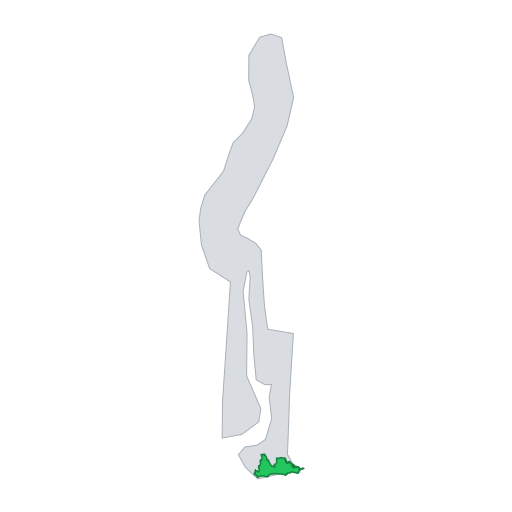 Kombo South, West Coast, Gambia shown in context, rotated 273°
{"feature_id": "56634734B1390118495461", "entity_name": "Kombo South", "entity_type": "district", "adm_level": 2, "iso_a3": "GMB", "parent_name": "Gambia", "parent_adm1": "West Coast", "projection": "mercator", "projection_center": [-16.741, 13.204], "detail": "fine", "context": "in_parent", "style": "filled", "palette": "green", "viewbox_px": 512, "rotation_deg": 273, "n_neighbors": 0, "source": "geoboundaries", "source_scale": "gbopen_adm2", "svg_char_len": 5405}
<svg xmlns="http://www.w3.org/2000/svg" viewBox="0 0 512 512"><g transform="rotate(273 256 256)"><path d="M72.4,231.7L110.1,230.2L155.7,230.9L205.3,231.5L228.7,231.9L241.0,210.4L264.3,200.9L288.3,197.3L300.7,198.3L313.9,201.5L339.1,219.2L354.8,223.2L368.1,227.3L377.5,235.9L392.6,244.5L404.5,246.8L411.5,245.5L423.2,242.2L431.0,239.5L456.1,238.4L474.6,248.3L478.5,259.1L475.4,270.2L450.6,276.1L416.2,285.3L387.7,280.3L353.1,267.7L332.8,258.6L324.4,255.0L311.7,249.2L300.7,243.0L290.0,239.0L281.9,236.4L275.9,239.6L272.9,247.3L268.1,255.8L261.9,260.9L232.8,263.9L206.8,267.0L192.8,269.7L183.5,271.7L180.5,297.4L151.0,297.1L122.0,296.8L92.0,297.3L59.6,297.8L51.3,303.0L42.6,311.5L41.7,298.6L33.5,269.3L44.5,256.4L56.6,248.8L64.7,254.9L67.1,266.9L73.3,275.1L94.6,280.2L115.6,276.5L128.4,278.2L128.0,271.6L132.4,262.7L157.9,258.9L184.9,256.4L212.7,251.1L234.4,251.3L240.9,249.9L239.3,247.6L219.8,245.0L178.2,251.1L135.8,252.9L103.7,268.9L90.5,267.4L77.2,251.4L72.4,231.7Z" fill="#d9dde1" stroke="#a8b0b8" stroke-width="1"/><path d="M58.0,271.9L57.9,272.0L57.5,272.1L57.4,271.8L57.1,271.9L57.0,272.0L56.5,272.1L55.8,272.2L55.8,272.3L54.9,272.6L54.7,272.7L54.4,272.7L54.0,272.7L53.9,272.7L52.6,272.1L52.4,272.1L52.2,271.7L52.2,271.3L52.3,271.3L52.5,271.2L52.4,271.0L51.5,271.3L51.1,270.9L50.8,270.9L50.6,271.4L48.7,271.3L46.9,270.7L46.7,270.5L46.7,270.1L46.4,270.0L46.5,269.9L46.4,269.6L46.1,269.6L45.2,269.7L44.9,269.7L44.9,269.8L44.8,270.0L44.5,270.1L44.4,270.0L43.9,270.1L43.7,270.4L43.0,270.5L42.4,270.6L41.8,270.5L41.5,270.3L41.4,269.9L40.9,269.5L40.7,269.5L41.0,269.0L41.2,268.6L41.5,268.1L41.3,267.4L41.4,267.2L41.6,267.1L42.3,266.7L42.2,266.6L41.9,266.5L41.7,266.5L41.2,266.6L40.9,266.4L40.7,266.4L40.2,266.3L39.8,266.4L39.8,266.5L39.6,266.7L39.2,266.5L39.1,266.3L39.2,266.5L38.9,266.5L38.7,266.4L38.8,266.0L38.7,265.9L38.8,265.8L39.0,265.8L39.0,265.7L38.9,265.6L38.7,265.6L38.4,265.7L38.1,265.8L37.9,266.3L37.5,266.3L37.4,266.5L37.4,266.8L37.3,267.1L37.3,267.5L37.1,267.9L36.8,268.3L36.5,268.6L36.2,268.7L35.9,268.5L35.4,268.7L35.3,268.8L35.4,269.1L35.3,269.3L35.1,269.5L35.6,270.2L36.1,270.8L36.2,271.3L36.3,271.6L36.4,271.8L36.5,272.3L36.6,272.7L36.7,273.1L36.6,273.3L36.7,274.0L36.7,274.6L36.7,275.4L36.7,275.8L36.5,276.8L36.4,277.1L36.2,277.3L36.2,277.5L36.2,278.3L36.2,278.6L36.1,279.0L36.2,279.3L36.3,279.4L36.5,279.6L36.7,279.8L37.0,280.1L37.3,280.1L37.5,280.1L37.9,280.2L38.2,280.5L38.3,280.7L38.5,281.0L38.8,281.6L38.8,281.8L38.9,282.2L39.0,282.4L39.2,283.2L39.3,283.5L39.3,284.2L39.4,285.0L39.5,285.1L39.4,285.1L39.5,285.7L39.6,286.0L39.6,286.7L39.7,287.9L39.7,288.8L39.6,291.1L39.6,291.5L39.6,292.9L39.5,293.5L39.5,294.0L39.4,294.3L39.4,294.6L39.3,295.1L39.1,295.7L39.1,296.0L38.9,296.3L39.0,296.6L38.9,296.8L38.6,297.0L38.8,297.2L39.2,297.5L39.3,297.7L39.4,297.8L39.5,298.0L39.8,297.7L40.0,297.7L40.2,297.8L40.3,298.1L40.5,298.3L40.6,298.6L40.7,299.1L40.8,299.3L41.0,299.3L41.1,299.7L41.1,300.1L41.0,300.7L41.0,301.0L41.3,301.5L41.5,301.8L41.8,301.9L41.9,302.0L42.1,302.4L42.1,302.6L42.1,303.2L42.2,303.6L42.2,303.8L42.1,304.2L42.1,304.3L42.0,305.1L42.0,305.3L41.8,305.9L41.8,306.2L41.5,307.4L41.4,307.8L41.3,308.9L41.3,309.4L41.6,309.4L41.9,309.6L42.3,309.8L42.8,309.8L43.1,309.9L43.3,309.9L43.7,310.1L44.0,310.4L44.3,310.6L44.5,311.0L45.4,312.4L45.6,313.2L45.8,313.8L46.2,314.6L46.4,314.7L46.5,314.4L46.6,314.1L46.4,313.5L46.4,313.2L46.0,312.6L45.9,312.3L45.9,312.0L46.0,311.9L45.8,311.5L45.5,311.0L45.5,310.8L45.4,310.6L45.6,310.3L45.7,310.1L45.8,310.0L46.0,310.0L46.6,310.2L46.8,310.2L47.0,310.2L47.4,309.7L47.5,309.5L47.6,309.3L47.8,308.8L47.5,307.9L47.3,307.8L47.2,307.7L47.1,307.4L47.6,307.3L47.9,307.2L48.0,307.0L48.0,306.8L48.2,306.5L48.2,306.4L48.1,306.2L47.9,306.1L47.7,306.1L47.4,306.2L47.3,305.9L47.2,305.8L46.9,305.7L46.7,305.5L46.6,305.3L46.7,304.9L46.6,304.6L46.6,304.4L46.7,304.2L46.8,304.1L47.3,303.9L47.5,303.9L47.6,304.0L47.5,304.3L47.6,304.8L48.0,305.0L48.5,305.0L49.0,304.8L49.6,304.5L49.6,304.3L49.5,304.1L49.4,304.0L49.2,304.1L48.8,304.0L48.7,303.9L48.3,303.6L48.2,303.4L48.2,303.1L48.2,302.8L48.2,302.7L48.4,302.6L48.6,302.7L48.6,303.0L49.0,303.2L49.3,303.2L49.7,303.0L50.2,302.9L50.4,302.7L50.6,302.5L50.6,302.3L50.7,301.9L50.7,301.7L50.5,301.2L50.6,300.9L50.8,300.9L51.0,301.2L51.1,301.4L51.4,301.4L51.6,301.3L52.0,301.0L52.2,300.7L52.4,300.0L52.5,299.9L52.5,299.7L52.4,299.5L52.3,299.4L52.2,299.4L51.9,299.2L51.6,299.2L51.2,299.0L50.9,298.8L50.9,298.5L50.7,298.2L50.6,297.8L50.7,297.6L50.9,297.5L51.1,297.5L51.3,298.0L51.6,298.1L51.8,298.0L52.1,297.7L52.0,297.2L51.8,296.8L51.7,296.6L51.8,296.5L52.0,296.5L52.2,296.8L52.4,297.0L53.0,296.9L53.3,296.9L53.6,296.8L53.6,296.7L53.5,296.4L53.5,295.9L53.6,295.7L54.2,295.5L54.3,295.5L54.5,296.0L54.9,296.1L55.0,295.9L55.1,295.6L55.6,295.6L55.7,294.8L55.6,293.8L55.8,293.0L55.8,291.5L55.9,290.7L55.1,290.1L55.2,287.2L52.9,287.2L51.9,287.6L51.2,287.7L50.7,287.6L50.3,287.2L50.2,287.2L49.7,287.0L49.6,286.9L49.4,286.7L49.1,286.3L48.9,286.2L48.6,285.9L48.9,285.4L48.6,285.2L48.4,285.2L48.1,285.2L47.7,285.1L47.1,285.3L46.4,285.6L46.5,285.1L46.6,284.8L46.6,284.6L46.7,284.4L47.0,283.4L47.1,282.4L51.7,279.4L51.9,279.2L52.9,279.1L53.0,278.7L52.9,278.1L52.9,277.5L54.3,277.4L54.7,277.4L54.9,277.3L56.0,276.6L57.6,275.6L57.5,275.0L57.5,274.8L58.2,274.8L58.5,274.8L58.5,274.6L58.5,274.3L58.3,274.1L58.3,273.8L58.0,273.1L58.1,272.8L58.1,272.7L58.1,272.2L58.0,271.9Z" fill="#22c55e" stroke="#15803d" stroke-width="1.5"/></g></svg>